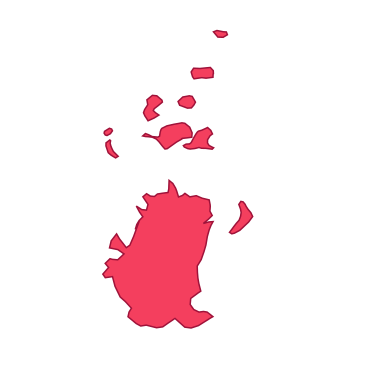 Jindo-gun, South Jeolla, South Korea (Mercator projection), rotated 140°
{"feature_id": "91817680B56099735913612", "entity_name": "Jindo-gun", "entity_type": "district", "adm_level": 2, "iso_a3": "KOR", "parent_name": "South Korea", "parent_adm1": "South Jeolla", "projection": "mercator", "projection_center": [126.119, 34.39], "detail": "fine", "context": "isolated", "style": "filled", "palette": "rose", "viewbox_px": 384, "rotation_deg": 140, "n_neighbors": 0, "source": "geoboundaries", "source_scale": "gbopen_adm2", "svg_char_len": 3101}
<svg xmlns="http://www.w3.org/2000/svg" viewBox="0 0 384 384"><g transform="rotate(140 192 192)"><path d="M306.4,110.8L301.1,107.5L294.9,107.0L286.3,106.1L284.4,93.1L280.1,88.4L272.9,85.5L259.0,83.6L256.1,83.1L257.6,90.3L260.0,93.1L263.8,95.5L266.2,100.8L265.7,107.0L261.4,111.3L252.8,110.8L249.0,110.4L245.6,117.5L242.8,122.3L239.4,127.1L235.6,131.9L228.4,134.3L221.2,138.6L215.5,142.4L208.8,148.1L203.1,152.0L198.8,154.3L194.9,155.8L198.3,158.2L203.5,160.6L196.8,160.6L191.6,161.0L190.6,165.8L187.3,169.2L186.3,170.6L183.9,174.9L188.2,180.7L191.1,186.4L196.8,189.7L198.3,195.5L201.6,195.5L205.5,196.9L203.1,202.6L202.1,205.5L201.2,210.8L202.1,215.6L207.8,209.3L210.7,207.0L215.0,209.8L219.8,212.7L223.6,212.7L226.5,215.6L227.9,219.9L232.7,219.9L233.7,210.8L238.5,207.4L241.8,210.8L243.7,217.0L245.1,210.3L245.6,204.6L250.9,204.1L255.2,202.6L259.5,199.8L250.4,204.1L265.2,195.5L273.8,191.2L278.1,191.6L277.7,202.6L276.7,208.4L285.3,206.5L291.1,202.2L285.8,195.5L283.9,188.3L292.5,187.8L296.3,191.6L297.7,193.6L304.4,193.1L304.4,187.8L313.1,186.4L313.5,182.1L307.3,178.3L311.6,169.2L314.5,157.7L313.5,151.0L313.1,141.9L317.4,140.5L321.2,137.6L319.3,127.1L317.4,122.3L312.6,119.4L306.4,110.8ZM161.5,237.0L157.0,234.1L153.9,237.2L152.1,243.1L153.3,249.2L155.3,251.5L158.0,253.0L162.3,255.5L168.7,258.8L174.1,260.1L175.5,259.8L177.5,258.6L181.0,255.6L182.9,256.0L186.9,260.1L188.4,263.7L190.1,266.7L193.7,266.6L192.0,264.4L189.8,262.3L187.2,259.5L185.3,255.5L185.0,251.8L185.2,245.9L185.1,242.3L183.1,241.1L171.7,240.2L165.1,239.0L166.4,239.4L165.1,239.4L161.5,237.0ZM161.9,223.5L158.0,221.6L156.6,219.4L153.3,216.5L149.0,211.8L147.0,212.0L147.8,213.7L149.0,216.7L148.6,219.6L146.5,222.0L142.0,223.5L139.0,223.3L138.0,227.1L138.6,231.4L141.0,232.0L144.9,233.1L148.0,234.5L149.4,234.5L151.7,233.9L153.9,233.1L157.4,231.8L160.8,230.4L162.9,230.4L165.8,232.5L168.8,233.1L169.0,231.4L167.4,228.0L165.8,226.1L161.9,223.5ZM164.1,152.4L165.8,147.7L167.6,144.6L170.5,142.1L174.1,140.1L178.2,139.5L181.9,138.7L186.0,137.7L189.2,137.0L188.4,134.4L186.0,133.2L180.0,131.9L168.0,132.6L161.3,134.2L160.2,138.3L160.2,142.8L159.8,146.2L159.2,148.5L159.2,151.6L160.6,153.4L164.1,152.4ZM179.4,278.4L179.9,274.8L173.4,273.0L167.9,272.2L169.0,276.2L169.4,279.2L167.4,280.1L161.9,279.9L156.9,279.9L156.0,281.6L157.1,288.3L160.2,291.5L167.3,291.6L169.8,287.3L175.3,285.6L178.2,283.9L179.2,280.5L179.4,278.4ZM115.5,284.5L117.5,279.9L117.7,277.4L114.7,275.6L111.0,273.3L108.1,270.2L102.2,266.4L100.0,268.8L99.6,268.8L97.7,271.3L97.9,275.6L106.5,281.5L111.2,285.8L115.5,284.5ZM144.5,270.3L145.7,266.4L141.6,259.2L138.4,256.8L134.7,257.4L131.6,258.6L130.4,265.1L132.2,267.4L138.0,270.7L144.5,270.3ZM228.3,282.6L230.9,276.0L230.4,272.6L229.6,270.0L228.6,267.2L225.6,266.8L226.2,273.6L225.4,276.9L224.5,279.6L223.4,281.9L221.4,283.6L221.5,284.7L226.3,284.9L228.3,282.6ZM72.6,294.0L68.7,290.5L63.8,289.7L62.8,292.5L65.0,294.6L69.1,299.7L72.6,300.9L72.6,294.0ZM221.5,293.6L221.8,291.4L220.8,289.9L217.0,289.1L213.6,290.0L213.1,291.9L214.3,293.9L220.0,294.7L221.5,293.6Z" fill="#f43f5e" stroke="#9f1239" stroke-width="1.5"/></g></svg>